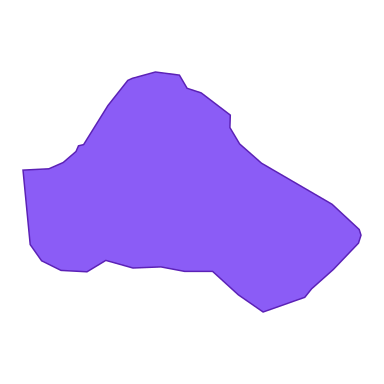 Santa Catarina Barahona, Sacatepéquez, Guatemala
{"feature_id": "79465075B35254467846514", "entity_name": "Santa Catarina Barahona", "entity_type": "district", "adm_level": 2, "iso_a3": "GTM", "parent_name": "Guatemala", "parent_adm1": "Sacatepéquez", "projection": "robinson", "projection_center": [-90.807, 14.557], "detail": "fine", "context": "isolated", "style": "filled", "palette": "violet", "viewbox_px": 384, "rotation_deg": 0, "n_neighbors": 0, "source": "geoboundaries", "source_scale": "gbopen_adm2", "svg_char_len": 559}
<svg xmlns="http://www.w3.org/2000/svg" viewBox="0 0 384 384"><path d="M23.0,170.1L30.2,244.6L41.6,260.8L61.0,270.4L87.0,271.8L105.8,260.4L132.9,268.0L160.9,266.9L184.7,271.4L212.6,271.4L238.3,294.8L263.1,312.0L293.7,301.2L304.8,297.3L311.6,288.8L333.4,269.4L358.5,243.1L361.0,235.2L359.2,229.5L332.1,204.3L261.5,163.2L239.6,143.9L229.9,127.6L230.3,115.1L201.2,92.9L187.1,88.3L179.4,75.1L155.4,72.0L132.4,78.3L127.8,80.4L107.9,105.6L83.6,144.6L78.5,145.8L76.0,151.5L63.2,162.5L48.8,168.8L23.0,170.1Z" fill="#8b5cf6" stroke="#5b21b6" stroke-width="1.5"/></svg>